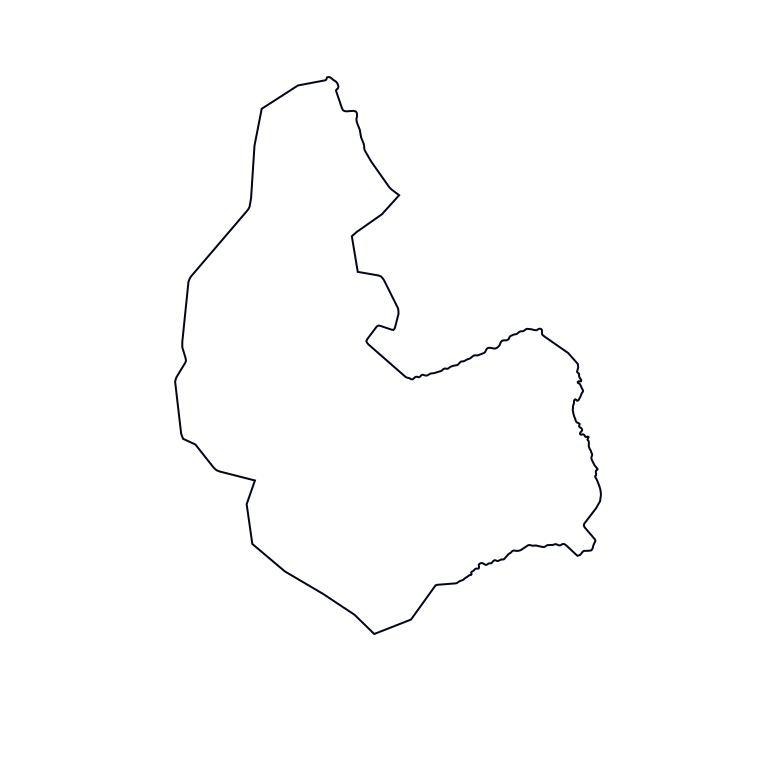 SVG path tracing the border of Guéra, rotated 308°
{"feature_id": "TCD-1474", "entity_name": "Guéra", "entity_type": "Prefecture", "adm_level": 1, "iso_a3": "TCD", "parent_name": "Chad", "parent_adm1": "", "projection": "natural_earth1", "projection_center": [19.056, 11.461], "detail": "fine", "context": "isolated", "style": "outline", "palette": "ink", "viewbox_px": 768, "rotation_deg": 308, "n_neighbors": 0, "source": "natural_earth", "source_scale": "10m", "svg_char_len": 5854}
<svg xmlns="http://www.w3.org/2000/svg" viewBox="0 0 768 768"><g transform="rotate(308 384 384)"><path d="M176.9,378.7L204.7,349.8L228.5,341.7L213.9,308.4L213.0,305.4L213.0,302.9L213.4,300.5L220.2,272.7L219.2,268.3L217.1,259.4L219.9,254.8L257.2,218.0L259.8,216.8L262.1,216.2L278.4,214.3L280.2,213.8L282.1,211.9L288.7,202.5L292.9,199.2L344.3,166.9L347.2,166.1L349.6,165.7L436.5,169.5L438.7,169.4L441.0,168.9L448.8,164.7L492.1,135.2L525.6,118.2L566.3,132.4L587.1,150.7L587.9,151.1L588.6,151.0L589.9,150.5L590.5,150.4L591.1,150.7L591.6,151.1L592.0,151.7L592.4,152.7L592.6,154.0L592.4,156.5L592.7,160.1L592.4,161.4L591.9,162.8L590.4,164.9L589.3,165.5L588.3,165.7L587.5,165.4L586.7,165.3L585.9,165.4L585.2,166.2L575.6,180.8L574.6,182.8L574.6,184.1L574.9,185.1L575.7,186.5L580.3,191.6L581.0,193.0L581.3,193.7L581.4,194.3L581.1,195.0L580.6,196.0L578.4,197.9L576.1,199.0L575.5,199.4L575.0,199.9L573.9,201.0L573.0,202.3L569.4,208.4L564.2,214.2L560.9,219.9L559.8,221.3L558.9,222.2L558.3,222.6L557.8,223.1L557.2,223.7L556.3,225.0L555.7,226.3L551.4,237.0L542.3,267.0L541.9,270.3L542.1,279.7L516.6,277.9L487.1,268.9L480.6,267.7L456.2,294.3L466.1,312.8L466.9,315.4L466.5,317.8L465.8,320.1L452.2,348.6L450.0,350.8L448.1,352.3L435.5,357.8L433.7,358.3L432.4,358.1L431.5,356.6L427.6,345.4L426.7,343.7L425.3,343.1L424.4,342.9L408.7,343.2L406.8,343.8L406.0,345.5L405.6,347.6L402.9,396.0L403.0,397.5L403.3,398.5L404.1,400.1L404.3,401.1L404.5,402.5L405.0,403.4L405.6,403.8L408.4,404.3L409.1,404.6L409.7,405.1L410.1,405.8L410.4,406.6L410.8,407.3L411.4,407.7L412.2,407.9L413.9,408.1L414.7,408.4L415.2,408.9L415.5,409.7L416.1,411.2L416.5,411.9L417.0,412.5L417.6,412.9L418.4,413.3L419.2,413.5L420.6,414.2L421.3,414.6L423.4,416.8L429.3,420.9L429.8,421.2L432.5,421.7L433.2,422.0L433.8,422.6L434.2,423.2L434.5,424.0L435.0,424.6L435.6,425.0L438.2,425.7L438.9,426.0L440.9,427.3L443.7,429.8L444.4,430.2L445.2,430.4L447.8,430.6L448.6,430.7L449.3,431.1L449.9,431.6L450.4,432.2L450.9,432.7L452.3,433.5L454.6,434.4L456.5,435.7L457.2,436.1L458.0,436.3L460.7,436.9L461.5,437.2L462.1,437.6L462.7,438.1L464.0,440.0L464.6,440.5L470.0,443.7L470.8,443.9L471.6,444.0L474.0,443.4L474.8,443.4L475.7,443.5L476.4,443.8L477.0,444.3L477.5,444.9L478.0,445.6L479.5,448.5L479.9,449.2L480.4,449.8L481.1,450.2L481.8,450.6L483.5,451.1L485.3,451.2L486.1,451.1L488.4,450.4L489.2,450.3L490.0,450.3L490.8,450.5L491.5,450.9L492.0,451.4L493.5,453.2L494.1,453.7L494.7,454.1L495.4,454.4L496.1,454.6L496.6,454.5L497.8,454.1L498.7,454.1L499.5,454.1L500.2,454.4L501.6,455.2L502.3,455.5L503.6,456.4L504.1,457.0L504.7,457.4L505.4,457.8L506.2,458.1L507.9,458.4L508.7,458.7L509.4,459.1L510.0,459.6L510.9,460.8L511.0,460.9L512.4,461.6L514.1,462.0L514.8,462.3L515.5,462.8L516.0,463.4L518.0,466.7L518.9,468.9L519.6,470.1L520.2,471.0L520.9,471.4L521.7,471.6L522.6,472.0L523.4,472.6L524.0,473.8L524.0,474.6L523.7,475.3L521.4,477.2L520.3,478.3L520.2,481.2L521.8,510.1L519.1,524.5L516.5,526.9L512.8,528.4L512.2,529.1L512.2,529.8L512.3,530.5L511.9,531.6L510.7,532.5L510.0,533.3L509.5,534.2L508.6,536.8L507.9,537.4L507.3,537.5L506.9,536.9L506.4,536.2L505.8,535.6L504.7,535.5L504.3,536.0L504.4,536.7L504.5,537.6L504.5,538.5L501.3,545.0L500.5,545.4L499.5,545.5L498.4,545.5L494.9,546.6L493.5,546.8L491.4,547.2L490.3,547.0L489.7,546.5L489.8,545.7L489.8,545.0L489.8,544.3L489.6,544.1L489.2,544.0L488.2,543.9L487.3,544.4L486.1,545.3L485.0,545.8L483.6,546.3L482.5,546.8L481.3,547.9L480.0,548.5L479.1,549.4L476.8,552.1L475.2,554.3L474.6,555.6L473.1,557.7L472.6,558.9L472.5,560.0L473.0,561.6L473.0,562.6L472.4,563.1L471.5,563.3L470.9,563.7L470.5,564.4L470.5,565.1L470.6,566.0L470.6,567.0L470.2,568.0L469.5,568.6L468.8,568.8L466.9,568.6L465.7,568.8L465.2,569.4L465.2,570.1L465.6,570.7L466.2,571.2L466.8,571.7L467.1,572.4L467.1,573.3L466.7,574.3L466.4,575.1L466.6,575.8L467.9,576.8L468.2,577.6L467.9,578.0L467.1,578.2L466.3,578.3L465.4,578.6L465.2,579.3L465.0,580.3L464.3,581.2L463.4,582.0L461.5,583.2L460.7,584.1L460.0,585.2L459.4,586.3L458.7,588.2L457.6,589.6L457.1,590.9L456.5,591.6L455.7,592.0L454.6,592.3L453.3,593.0L452.6,593.8L452.1,594.6L449.6,599.9L449.0,602.7L448.4,604.7L447.9,604.9L447.5,604.8L447.1,604.5L446.3,604.5L445.1,605.0L443.7,606.6L442.8,607.2L442.1,607.3L441.4,607.1L440.9,607.5L440.5,608.2L439.9,609.9L439.0,611.7L438.2,613.0L436.3,616.3L434.1,619.4L432.0,621.6L430.2,623.2L424.7,626.4L416.8,627.6L397.3,627.8L395.6,628.5L394.6,630.2L391.5,645.5L390.9,646.8L390.1,647.3L386.1,648.2L383.2,649.5L381.6,649.8L380.5,649.7L378.8,648.2L375.9,644.7L375.3,644.2L374.4,643.9L373.3,643.8L371.8,643.9L370.7,643.8L369.8,643.6L368.5,642.8L368.0,642.4L367.7,642.1L367.7,641.7L369.0,627.3L369.0,625.9L368.9,624.9L368.6,624.1L368.1,623.5L367.5,623.1L366.0,622.5L365.3,622.1L364.8,621.6L364.4,620.8L364.0,619.1L363.7,618.3L363.3,617.6L361.4,616.3L360.9,615.8L357.9,612.3L357.3,611.8L356.5,611.5L355.7,611.3L354.9,611.0L354.3,610.6L353.4,609.6L351.5,605.8L350.5,603.5L350.1,602.9L349.0,601.8L348.0,600.6L347.0,598.4L346.6,597.7L346.1,597.2L345.5,596.8L337.7,594.2L336.4,593.5L335.2,592.5L334.2,591.3L332.6,588.7L331.8,588.2L330.9,587.9L329.4,587.8L326.4,586.8L320.5,586.5L319.6,586.3L319.0,585.8L318.4,585.2L317.9,584.4L315.0,583.0L314.5,582.5L314.1,581.8L313.6,580.1L313.0,579.5L312.2,579.2L309.4,579.0L308.5,578.6L307.5,577.4L306.9,576.9L305.7,576.6L304.8,576.2L304.2,575.7L303.9,574.9L303.7,573.0L303.5,572.1L303.1,571.3L302.5,570.7L301.7,570.2L300.4,569.9L299.7,570.1L299.1,570.7L298.5,571.4L297.7,572.0L297.0,572.1L296.4,571.8L295.4,570.4L294.6,569.8L291.7,569.4L290.7,569.0L289.9,568.6L289.2,568.8L287.9,570.1L287.3,570.2L286.8,569.8L286.2,569.3L285.4,568.8L284.2,568.6L280.8,567.4L278.6,567.0L277.8,566.7L275.9,565.4L274.4,564.7L272.8,564.2L271.9,563.9L271.0,563.2L259.0,550.1L258.1,549.2L257.0,548.6L215.0,550.3L181.0,530.2L184.0,503.0L181.1,465.5L175.3,421.3L176.9,378.7Z" fill="none" stroke="#020617" stroke-width="2"/></g></svg>